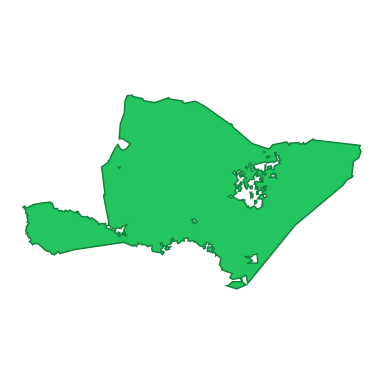 outline of Baarle-Nassau, Noord-Brabant, Netherlands
{"feature_id": "6326949B26201619362436", "entity_name": "Baarle-Nassau", "entity_type": "district", "adm_level": 2, "iso_a3": "NLD", "parent_name": "Netherlands", "parent_adm1": "Noord-Brabant", "projection": "albers", "projection_center": [4.882, 51.437], "detail": "fine", "context": "isolated", "style": "filled", "palette": "green", "viewbox_px": 384, "rotation_deg": 0, "n_neighbors": 0, "source": "geoboundaries", "source_scale": "gbopen_adm2", "svg_char_len": 6093}
<svg xmlns="http://www.w3.org/2000/svg" viewBox="0 0 384 384"><path d="M127.2,95.7L125.1,100.6L124.2,113.2L120.3,123.9L119.2,138.9L122.4,138.6L130.2,143.7L126.5,148.8L122.5,150.4L120.4,148.8L118.0,144.5L115.5,147.4L110.4,157.4L110.5,158.8L108.3,160.9L108.8,161.9L101.6,166.9L105.1,194.8L103.8,195.0L103.7,196.4L108.8,222.1L108.2,225.5L109.8,225.3L111.0,227.7L115.3,228.8L115.2,229.6L116.8,227.7L121.3,228.5L122.2,226.5L126.6,225.0L123.7,230.1L124.2,230.8L119.7,236.5L118.4,235.8L120.1,232.9L118.2,232.1L117.3,233.9L114.9,232.3L115.6,230.9L105.9,227.9L106.6,225.5L105.0,224.7L105.5,223.6L100.2,223.5L98.9,224.7L97.6,222.0L91.7,217.8L90.5,218.9L87.1,216.4L85.5,217.1L80.8,216.1L79.6,213.8L77.9,213.4L78.6,212.1L77.1,211.2L75.1,212.9L69.6,210.1L67.5,211.3L65.4,210.2L64.3,211.9L60.4,210.4L59.4,211.3L57.6,209.9L57.4,208.5L54.2,208.7L52.3,203.5L51.1,203.5L50.8,202.1L42.9,202.9L33.5,204.5L27.0,208.0L24.5,206.2L23.0,207.0L25.9,210.0L25.7,213.4L27.1,213.7L27.1,215.4L28.0,215.6L27.0,216.7L28.0,219.5L27.1,222.2L29.1,223.2L26.6,226.2L25.8,231.1L26.6,232.2L26.2,233.3L27.5,232.6L28.1,234.2L27.3,234.9L28.8,237.8L30.3,237.8L30.7,240.7L29.4,241.6L31.9,243.3L32.4,244.8L35.1,243.4L38.5,244.0L45.3,250.2L48.2,251.7L50.0,251.2L51.6,253.9L54.5,254.8L58.4,251.3L59.6,253.6L74.1,249.7L123.6,242.3L133.2,246.2L134.3,245.0L136.5,246.5L138.1,243.0L138.8,244.1L141.0,243.4L142.0,244.9L144.6,244.4L147.7,246.6L152.1,245.2L151.8,249.9L152.7,251.5L160.8,252.6L162.4,254.6L163.8,252.7L163.6,251.6L161.2,251.0L160.9,249.4L164.3,246.2L166.6,246.0L167.8,244.3L170.1,244.6L171.4,243.1L171.0,242.0L174.4,241.1L176.9,240.8L177.7,243.5L179.6,242.9L181.7,240.5L184.2,240.9L184.0,238.2L188.3,237.9L188.0,240.8L189.5,241.4L192.5,240.4L194.2,242.1L194.9,241.2L200.0,246.0L202.7,246.2L203.6,248.8L205.6,248.3L205.5,246.4L204.2,244.9L206.4,244.1L205.9,243.4L207.6,242.2L209.2,243.5L208.5,245.3L210.1,243.9L212.0,244.7L211.1,247.1L207.9,247.0L207.4,251.2L211.3,252.0L212.9,247.2L214.3,248.4L212.7,252.7L215.5,252.8L215.8,255.7L216.6,254.8L221.1,258.3L219.4,264.6L222.1,268.2L221.6,269.7L232.2,273.6L229.9,277.6L232.7,279.4L239.8,278.0L241.2,279.6L241.6,281.7L232.2,281.8L228.9,285.1L226.7,285.7L236.6,288.8L246.1,284.9L242.5,282.2L241.4,277.4L246.2,275.3L247.7,283.5L295.0,225.3L343.1,185.1L347.1,179.8L352.1,177.2L352.9,176.0L351.8,175.7L353.4,161.5L358.8,157.8L361.0,151.4L359.3,147.9L360.2,145.4L314.1,140.1L313.2,139.1L304.4,144.4L303.6,142.6L302.1,144.0L299.1,143.7L298.9,142.6L289.6,143.2L290.2,144.7L288.9,145.1L286.6,141.9L272.7,144.8L269.3,148.8L265.5,148.1L251.9,143.4L232.4,126.7L232.5,125.4L231.1,123.8L229.3,123.7L204.1,105.9L195.5,101.3L184.2,103.3L182.7,102.5L182.9,101.1L169.3,98.9L168.6,97.7L155.0,102.6L143.9,100.8L142.4,98.6L132.7,96.5L132.6,95.2L127.2,95.7ZM262.8,194.6L260.3,195.0L257.7,198.8L262.8,199.1L262.1,203.2L263.0,204.7L261.8,205.0L262.5,206.5L257.6,209.4L254.0,205.9L249.9,208.3L248.2,206.1L247.4,207.1L244.4,201.7L244.7,200.2L243.6,200.7L243.5,199.6L242.1,199.6L242.5,200.6L238.7,200.1L232.6,196.6L231.4,198.0L228.3,196.3L231.2,195.2L232.5,196.5L236.9,192.9L234.9,190.3L237.0,188.0L235.5,187.0L236.9,185.1L234.1,184.5L238.5,180.1L237.0,178.4L236.4,175.4L237.3,175.2L236.9,174.3L235.6,173.3L235.1,174.6L232.9,173.2L234.4,170.7L236.0,172.8L239.4,169.7L240.8,172.0L238.1,173.4L241.2,175.1L239.5,175.2L240.4,177.4L242.7,175.9L246.3,178.0L243.2,179.9L244.7,182.3L243.7,183.3L245.4,186.0L244.7,186.4L246.7,189.2L248.6,185.8L247.2,182.5L250.3,179.7L254.2,179.0L253.5,176.7L256.7,171.9L257.6,174.3L256.2,175.2L256.6,176.5L260.3,175.5L262.2,182.0L261.3,181.9L260.7,178.4L259.8,178.7L260.2,181.9L254.9,181.3L254.2,184.1L255.8,184.1L255.8,187.0L257.9,186.8L257.8,187.8L255.4,187.9L255.5,189.2L257.8,189.1L257.9,190.9L261.5,190.5L261.2,187.5L262.7,187.2L263.4,190.4L262.1,192.3L262.8,194.6ZM267.7,169.4L264.8,170.2L264.9,171.8L262.5,171.4L263.0,174.6L261.3,170.2L258.3,170.8L257.6,170.7L258.4,169.3L255.5,169.4L253.3,164.9L264.3,162.1L267.0,162.0L267.1,163.0L273.0,161.4L273.4,162.6L277.5,160.2L275.9,156.0L278.7,155.6L278.9,158.2L280.5,160.2L278.4,161.5L280.0,163.5L274.3,166.0L273.8,169.7L269.4,168.7L271.7,167.6L271.1,165.8L267.7,166.8L267.7,169.4ZM257.0,254.1L257.9,262.9L247.0,263.4L252.5,260.9L249.6,258.1L246.0,257.3L245.3,256.5L251.7,256.9L253.2,254.8L257.0,254.1ZM276.5,177.9L274.0,177.0L268.3,177.6L270.9,177.2L271.0,174.5L273.5,174.5L273.5,173.3L276.2,174.2L276.2,175.4L275.2,175.5L276.5,177.9ZM191.8,220.0L193.9,218.7L196.9,221.3L195.7,223.3L192.9,222.7L194.2,221.8L191.8,220.0ZM262.8,194.6L265.9,193.9L266.7,196.8L264.3,197.9L262.8,194.6ZM241.0,171.9L242.8,171.3L244.8,174.1L243.1,175.1L241.0,171.9ZM251.7,171.2L251.1,169.1L253.5,167.6L254.7,169.6L251.7,171.2ZM248.5,165.0L250.0,162.9L251.5,165.5L249.6,166.7L248.5,165.0ZM264.8,190.6L263.9,187.5L267.2,185.6L265.4,188.1L265.9,190.2L264.8,190.6ZM122.8,234.4L125.3,233.1L125.3,234.7L126.5,235.1L125.8,236.0L122.8,234.4ZM160.2,243.1L161.9,242.9L163.1,245.3L161.0,245.5L160.2,243.1ZM269.7,157.1L266.7,157.9L266.5,156.8L269.5,156.0L269.7,157.1ZM262.8,177.7L262.7,179.4L263.2,182.0L262.5,182.0L261.8,178.0L262.8,177.7ZM246.8,168.7L245.4,167.0L246.5,166.2L247.8,168.0L246.8,168.7ZM171.1,240.5L170.8,239.5L172.7,238.1L173.4,239.1L171.1,240.5ZM274.9,152.7L276.1,152.5L275.8,155.4L275.3,155.5L274.9,152.7ZM264.2,174.3L265.8,173.7L266.1,174.6L264.5,175.2L264.2,174.3ZM262.7,187.1L264.8,186.0L265.0,186.6L262.7,187.1ZM263.7,152.0L263.8,151.3L265.7,152.2L263.7,152.0ZM118.7,167.3L120.0,167.4L119.4,168.2L118.7,167.3ZM241.7,188.3L239.7,186.4L241.9,184.4L241.2,183.6L242.3,182.2L240.9,181.9L237.3,187.7L238.4,188.7L238.4,191.2L240.3,191.2L241.7,188.3ZM165.7,250.0L169.4,249.3L168.7,247.8L170.3,247.0L166.9,246.5L165.0,248.6L165.7,250.0ZM250.8,197.9L252.4,196.5L252.8,198.4L252.8,193.8L250.9,193.9L250.8,197.9ZM256.5,203.0L256.7,200.5L254.7,200.6L254.8,203.9L256.5,203.0ZM252.0,188.6L252.3,186.0L249.9,186.3L250.3,188.7L252.0,188.6ZM256.6,194.5L258.4,194.3L258.0,191.5L256.5,191.5L256.6,194.5ZM265.1,165.0L265.0,168.4L265.6,168.2L265.9,165.0L265.1,165.0ZM250.3,193.3L251.3,192.3L250.0,192.3L250.3,193.3Z" fill="#22c55e" stroke="#15803d" stroke-width="1.5"/></svg>